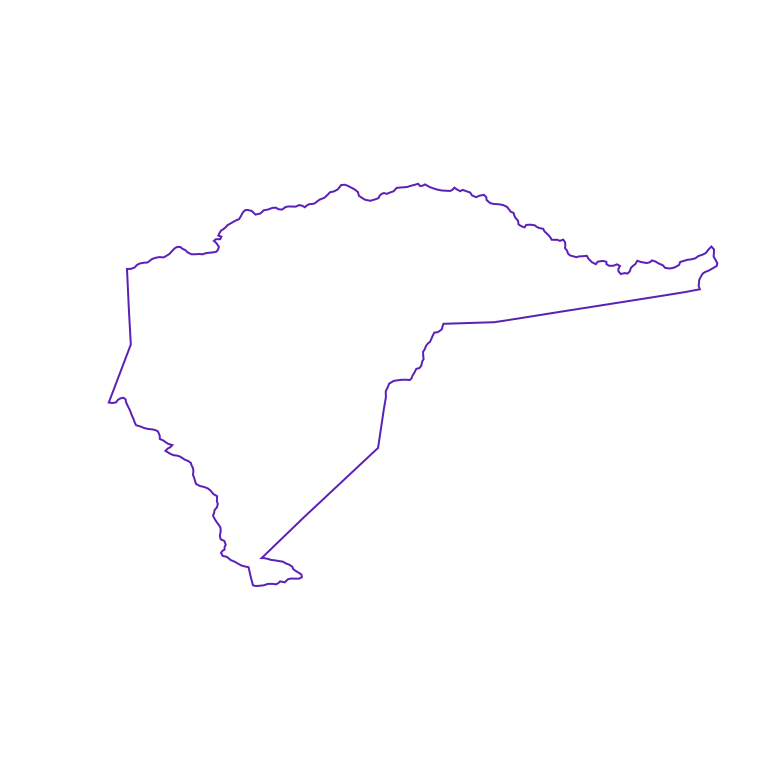 Iramaia, Bahia, Brazil, rotated 288°
{"feature_id": "56859067B23035835922844", "entity_name": "Iramaia", "entity_type": "district", "adm_level": 2, "iso_a3": "BRA", "parent_name": "Brazil", "parent_adm1": "Bahia", "projection": "natural_earth1", "projection_center": [-40.889, -13.541], "detail": "fine", "context": "isolated", "style": "outline", "palette": "violet", "viewbox_px": 768, "rotation_deg": 288, "n_neighbors": 0, "source": "geoboundaries", "source_scale": "gbopen_adm2", "svg_char_len": 4810}
<svg xmlns="http://www.w3.org/2000/svg" viewBox="0 0 768 768"><g transform="rotate(288 384 384)"><path d="M571.7,655.1L574.6,652.9L577.3,652.4L580.3,651.6L584.0,652.2L587.5,653.0L589.9,654.9L592.0,657.6L594.6,660.0L597.3,662.4L599.2,664.0L602.0,663.6L604.6,660.8L607.1,658.1L610.3,657.3L613.9,656.3L615.9,652.9L611.8,650.9L608.3,649.8L605.6,647.2L602.8,643.4L599.8,641.3L598.4,639.2L596.9,636.5L595.9,634.1L594.1,631.6L591.6,628.0L588.4,627.8L585.9,625.6L584.0,623.5L582.2,620.2L581.3,615.6L583.1,612.4L583.5,608.1L584.4,604.0L584.3,600.6L582.0,599.3L580.2,596.4L579.7,592.7L579.4,590.1L579.5,586.8L575.7,586.0L573.3,584.3L570.7,582.9L567.2,583.0L564.3,581.5L563.9,578.7L561.8,575.2L563.5,572.3L565.9,571.3L569.1,572.0L569.9,568.8L567.1,565.2L566.0,561.3L566.8,558.5L568.9,557.7L568.8,554.6L567.8,552.3L566.3,549.4L563.4,548.4L564.1,544.1L566.2,539.9L568.6,537.2L566.9,533.5L565.6,530.0L564.1,527.9L563.9,524.3L563.8,521.0L565.1,518.5L567.3,517.0L569.2,514.1L571.6,513.7L574.7,512.5L576.7,509.8L574.5,507.1L574.7,504.2L573.0,499.0L575.4,496.1L577.0,493.3L578.7,489.5L580.8,487.4L580.3,483.6L580.6,480.8L581.5,478.4L580.7,473.8L579.2,470.1L576.4,469.3L576.5,466.1L577.3,462.7L580.7,461.0L582.5,457.9L584.4,455.9L586.8,454.3L586.9,451.6L588.3,449.4L590.4,446.4L591.0,441.9L590.4,437.5L589.2,433.1L588.9,429.1L590.6,424.8L593.2,423.6L594.8,420.7L592.8,416.9L590.1,413.8L590.6,409.4L592.7,406.8L592.8,402.7L592.9,398.7L590.9,397.0L591.6,393.0L592.5,390.3L589.8,389.0L588.1,387.4L586.8,382.7L585.8,378.7L585.3,373.7L585.3,370.1L585.4,366.9L585.9,364.2L586.5,361.4L584.6,359.5L583.4,357.2L585.0,354.5L582.9,351.7L581.1,348.7L578.5,345.1L577.3,342.2L576.2,339.5L574.5,335.5L570.3,333.6L567.9,330.5L565.7,327.8L565.6,324.9L563.9,322.8L561.6,321.6L559.2,321.4L557.5,319.4L555.9,317.1L554.0,314.3L553.7,311.6L553.4,309.1L554.1,305.9L555.2,302.1L558.5,299.8L560.0,295.9L560.8,291.3L561.3,288.4L561.4,285.1L559.9,281.7L557.1,280.8L554.8,279.9L551.7,276.9L549.7,273.4L546.3,271.8L542.6,269.7L539.4,265.7L536.8,263.9L534.5,262.4L533.1,260.3L532.0,257.4L529.6,255.1L527.6,254.1L528.3,251.0L527.9,247.9L525.5,245.4L524.3,241.6L523.4,238.4L521.9,235.7L518.3,233.1L517.6,229.4L518.3,227.0L517.1,223.6L514.1,219.8L512.0,215.9L508.1,213.9L505.4,209.4L507.7,204.8L507.5,201.2L506.8,198.6L504.7,197.2L502.4,196.5L499.1,196.0L496.0,195.2L493.8,192.6L491.8,190.7L489.2,188.4L486.6,186.0L484.5,185.2L481.9,183.6L479.5,181.6L476.9,180.9L473.9,180.6L473.9,183.8L471.1,183.5L469.7,179.3L467.5,178.0L466.3,180.9L463.5,184.6L460.5,184.6L458.2,183.8L456.5,181.2L455.1,177.8L453.6,174.5L451.2,171.2L450.5,167.8L449.0,164.3L447.9,160.7L448.5,156.4L450.0,153.6L450.3,150.6L451.4,148.0L450.5,145.0L448.5,143.1L445.8,141.7L443.5,140.7L441.0,139.5L438.6,137.4L436.3,135.3L435.3,131.2L433.1,127.1L430.6,124.3L428.5,123.0L426.5,121.5L425.0,117.9L423.2,114.6L421.1,112.4L417.9,110.9L415.4,108.0L414.0,104.0L375.6,118.5L343.3,131.0L281.3,128.0L282.1,131.9L283.7,134.8L286.8,135.9L289.0,137.9L290.4,140.4L289.5,143.0L287.0,144.3L283.8,147.2L280.4,150.6L277.7,152.7L275.2,154.8L273.3,156.6L270.5,158.7L268.2,160.9L268.3,163.7L268.3,166.4L268.0,169.4L268.3,173.4L269.2,177.4L269.5,180.6L269.2,183.4L267.1,185.4L265.2,186.8L262.5,187.8L262.1,191.3L261.4,193.7L260.4,197.1L260.5,201.6L258.0,200.4L255.7,198.2L252.9,196.8L251.7,201.7L251.2,205.6L251.9,208.9L252.0,212.3L250.5,217.9L250.2,221.9L249.3,224.6L247.1,226.2L244.6,228.6L241.5,229.9L238.7,230.3L236.0,232.5L233.2,234.4L230.8,236.2L230.1,240.6L230.5,244.8L230.2,249.1L228.8,252.3L226.6,255.8L225.7,260.0L223.3,260.6L220.6,261.4L218.8,262.9L215.3,263.3L211.7,261.8L208.8,262.3L206.0,262.0L203.6,264.4L201.0,267.4L198.8,270.7L196.9,272.8L194.2,274.0L192.0,274.4L188.8,274.8L185.8,276.7L185.4,280.6L182.4,283.1L179.6,282.8L177.1,283.5L175.4,281.9L173.0,281.2L170.6,283.8L171.1,287.8L169.2,292.7L168.8,297.1L167.9,301.4L167.3,304.7L167.5,308.2L167.9,311.8L159.5,316.8L152.1,321.5L152.2,324.3L153.6,327.9L155.3,331.7L158.1,335.5L159.5,339.8L160.1,343.2L161.8,344.9L164.2,346.2L164.7,350.9L168.4,352.8L170.2,355.5L171.5,359.9L172.7,363.5L175.0,365.6L177.4,364.2L178.8,358.3L179.8,355.0L181.8,353.3L182.9,349.8L183.0,346.2L183.8,342.9L183.3,339.9L182.8,336.1L181.8,330.9L181.8,327.9L181.4,324.1L180.6,321.4L233.2,349.4L256.3,362.2L258.9,363.6L321.4,398.1L360.2,391.6L368.5,390.4L372.0,389.9L374.8,388.9L377.7,387.9L381.7,388.5L385.9,388.8L389.9,392.2L391.7,395.7L393.4,399.4L394.9,403.6L395.7,407.2L397.8,408.4L400.5,408.5L404.2,409.4L408.3,410.0L410.1,412.7L412.8,413.8L417.4,413.4L419.7,414.0L422.9,412.6L426.7,411.2L429.8,412.0L433.1,412.2L436.2,413.2L438.2,414.7L441.6,415.1L445.1,415.4L448.5,416.0L449.7,418.9L451.6,420.5L454.1,422.1L456.7,421.9L459.6,421.9L477.0,470.2L478.2,472.4L479.9,475.9L507.7,530.4L558.9,631.1L564.2,641.4L571.7,655.1Z" fill="none" stroke="#5b21b6" stroke-width="2"/></g></svg>